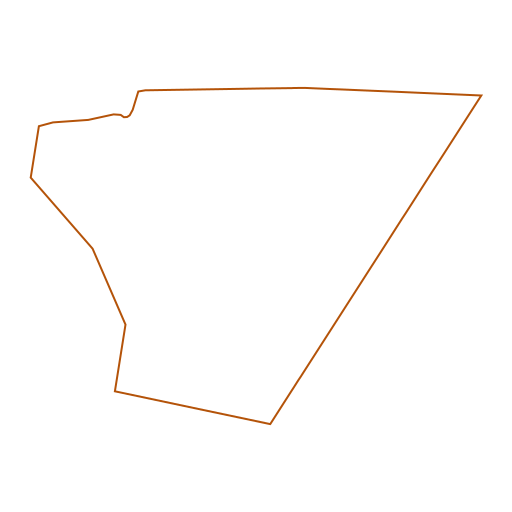 Al Maslub, Al Jawf, Yemen (Mercator projection)
{"feature_id": "15242507B10963365532335", "entity_name": "Al Maslub", "entity_type": "district", "adm_level": 2, "iso_a3": "YEM", "parent_name": "Yemen", "parent_adm1": "Al Jawf", "projection": "mercator", "projection_center": [44.561, 16.096], "detail": "fine", "context": "isolated", "style": "outline", "palette": "amber", "viewbox_px": 512, "rotation_deg": 0, "n_neighbors": 0, "source": "geoboundaries", "source_scale": "gbopen_adm2", "svg_char_len": 705}
<svg xmlns="http://www.w3.org/2000/svg" viewBox="0 0 512 512"><path d="M114.9,391.3L189.0,407.0L270.2,424.1L270.3,424.0L291.5,390.9L293.0,388.6L298.4,380.1L300.7,376.7L302.8,373.4L371.3,266.7L380.7,252.1L402.3,218.3L405.8,213.0L417.7,194.4L425.1,182.8L431.9,172.2L442.8,155.4L473.5,107.6L481.3,95.5L419.4,92.8L394.7,91.7L363.6,90.4L349.9,89.8L340.4,89.4L329.9,89.0L313.8,88.3L304.7,87.9L293.9,88.0L292.0,88.1L259.6,88.5L229.6,89.0L145.3,90.3L138.3,91.5L132.7,109.8L129.7,115.3L127.1,117.0L123.9,117.2L120.7,114.9L118.1,114.7L113.6,114.4L88.3,119.9L78.5,120.6L53.0,122.4L38.9,126.2L30.9,176.5L30.7,177.6L92.6,248.7L102.1,270.6L125.5,324.6L114.9,391.3Z" fill="none" stroke="#b45309" stroke-width="2"/></svg>